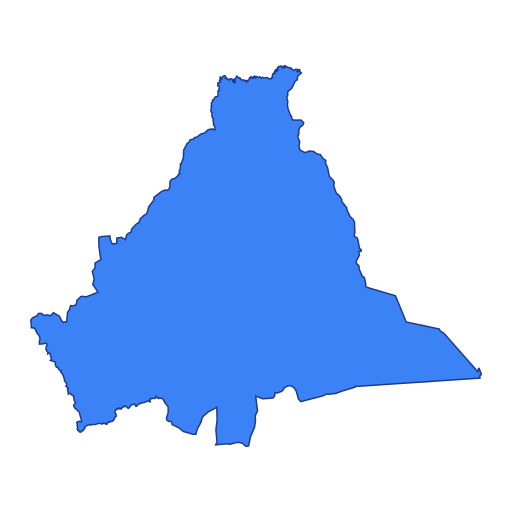 Nyagatare, Eastern, Rwanda
{"feature_id": "39286606B31387731734731", "entity_name": "Nyagatare", "entity_type": "district", "adm_level": 2, "iso_a3": "RWA", "parent_name": "Rwanda", "parent_adm1": "Eastern", "projection": "robinson", "projection_center": [30.27, -1.298], "detail": "fine", "context": "isolated", "style": "filled", "palette": "blue", "viewbox_px": 512, "rotation_deg": 0, "n_neighbors": 0, "source": "geoboundaries", "source_scale": "gbopen_adm2", "svg_char_len": 5901}
<svg xmlns="http://www.w3.org/2000/svg" viewBox="0 0 512 512"><path d="M104.2,423.1L106.1,424.3L107.2,423.1L107.4,423.5L108.3,421.8L109.8,422.2L110.5,421.4L112.1,421.5L114.1,419.6L114.1,418.5L116.3,416.0L115.8,414.8L116.1,414.3L114.9,412.6L115.3,410.2L116.1,409.4L116.2,409.8L117.6,409.0L117.6,408.3L118.9,408.2L119.0,408.6L119.6,408.2L120.5,408.4L120.2,408.9L121.2,409.0L122.5,407.1L124.1,406.9L124.6,406.0L125.7,406.0L127.6,408.0L128.6,408.3L131.8,404.6L134.8,404.2L135.9,406.3L136.5,406.2L138.8,403.9L140.7,403.5L141.4,402.9L143.9,402.6L148.5,400.8L150.0,402.0L150.3,401.6L149.8,399.6L150.2,398.8L151.2,398.9L152.0,398.0L152.8,398.5L155.4,398.3L156.2,396.4L158.0,398.4L158.8,398.6L159.5,397.8L163.0,399.0L164.7,402.4L168.2,407.0L168.1,413.3L166.4,418.1L166.9,420.1L168.6,421.4L171.4,421.5L172.1,424.5L178.9,427.9L183.3,431.5L193.2,434.3L195.9,434.2L197.5,428.5L200.9,422.4L202.0,418.3L203.2,416.3L208.2,411.9L216.8,407.3L217.1,419.8L215.9,429.9L217.0,442.0L215.7,444.8L226.6,443.8L229.9,444.3L236.3,442.5L239.5,442.5L242.5,443.3L245.5,446.1L247.4,446.3L248.6,445.9L250.4,437.0L254.5,427.3L255.5,420.6L255.2,415.9L257.5,410.8L255.7,396.2L262.9,398.8L273.0,398.0L274.7,396.0L275.0,392.7L277.3,393.0L281.7,391.3L282.9,390.3L284.3,387.7L288.0,385.9L291.3,385.8L294.6,388.3L296.3,391.4L298.4,398.9L300.7,401.6L323.4,395.7L326.6,393.9L328.1,394.3L335.7,393.5L342.3,391.0L354.9,387.2L354.9,386.5L480.0,378.1L479.8,375.6L481.2,374.7L481.3,374.0L479.1,368.4L478.5,368.6L477.8,371.7L444.0,333.4L440.0,330.7L439.3,329.0L406.2,322.0L395.5,295.8L369.5,288.1L366.6,287.1L365.6,286.1L365.8,284.1L364.4,277.6L362.2,276.1L359.0,268.6L359.1,266.3L358.5,265.3L356.8,263.9L356.1,262.5L356.5,260.6L359.4,255.2L358.8,252.0L359.3,251.2L361.0,251.4L361.3,249.7L359.6,248.6L357.6,238.6L356.5,237.4L354.6,236.7L354.3,234.6L354.9,232.3L354.4,222.1L353.3,219.7L350.0,216.4L347.1,210.1L346.7,207.8L341.8,201.5L341.6,199.3L339.6,196.0L336.5,193.2L335.6,191.5L333.7,185.6L334.3,182.2L333.2,180.4L329.3,176.3L327.6,167.8L325.5,163.1L325.8,160.4L323.1,158.6L320.2,154.4L318.5,154.4L315.9,153.2L313.7,151.5L311.6,151.2L309.3,151.0L306.5,152.2L304.4,152.4L300.3,150.2L299.3,148.1L299.0,145.3L299.8,142.1L297.7,136.7L298.8,134.2L298.7,130.5L299.8,127.4L302.9,125.0L303.7,122.6L301.1,120.1L293.5,120.1L292.0,119.3L291.5,116.4L289.9,113.8L288.0,108.6L287.4,104.8L287.8,101.3L286.7,97.4L287.8,95.3L287.7,91.8L291.9,88.1L295.1,81.3L297.3,79.8L297.4,77.4L298.0,75.8L301.4,73.0L299.7,71.5L299.9,70.1L299.2,69.6L298.2,70.4L298.2,71.6L297.4,71.7L297.0,71.6L297.8,70.4L297.7,69.5L295.6,69.3L294.8,70.2L292.9,70.0L290.7,67.8L289.9,68.2L286.4,66.6L285.9,66.7L285.9,67.5L285.3,65.8L284.5,65.7L283.9,66.8L284.4,67.7L283.6,67.5L283.4,66.6L282.5,66.5L282.6,67.7L282.3,68.0L281.8,66.2L280.7,66.0L279.6,66.9L278.7,66.5L277.3,68.0L277.9,69.8L277.1,69.7L276.9,71.4L276.2,71.1L276.6,69.4L275.2,70.2L274.0,73.0L275.7,73.2L272.9,73.8L272.2,76.4L272.7,77.5L271.6,77.8L271.5,78.7L269.1,78.8L267.0,77.5L263.4,78.1L262.6,77.2L261.3,78.2L259.9,76.8L258.9,77.6L256.5,76.5L256.0,76.5L255.7,77.8L254.3,76.1L253.4,77.0L253.9,77.7L251.8,78.4L251.5,78.3L251.8,77.1L251.0,76.8L249.4,78.0L249.2,79.2L247.9,80.9L247.2,80.6L246.7,81.8L246.3,80.5L245.0,80.9L243.9,79.9L243.2,80.0L243.1,81.0L242.8,80.3L240.7,79.4L240.0,77.9L237.8,77.3L236.8,76.1L235.6,78.4L233.6,79.7L234.0,80.6L235.3,81.2L234.9,82.8L233.8,82.4L233.6,81.6L232.7,81.5L232.6,79.9L231.8,78.8L229.6,79.0L229.1,79.8L229.3,80.6L228.2,79.2L226.7,79.1L226.6,77.9L225.4,77.9L225.6,76.7L224.8,75.6L222.6,76.5L221.8,78.7L220.2,77.1L220.0,78.0L220.8,79.8L219.7,79.9L219.4,80.4L220.3,82.1L220.1,82.6L218.0,82.7L217.7,84.7L217.9,86.0L219.1,86.1L219.4,87.7L218.9,88.9L219.4,90.1L217.9,91.1L218.2,92.5L217.9,95.8L217.4,96.4L214.8,97.2L214.0,99.2L212.5,100.1L212.7,101.3L211.4,103.0L211.5,105.5L211.1,106.2L211.8,106.9L211.0,109.1L210.9,110.8L211.3,112.1L212.0,112.5L211.9,116.2L213.2,119.2L213.2,121.8L213.7,122.9L213.4,124.5L214.8,126.7L215.1,129.8L214.2,130.0L212.8,128.8L211.8,129.5L211.2,129.0L208.6,129.6L207.6,130.0L207.4,130.8L205.9,131.5L204.8,132.9L200.8,134.0L197.1,137.0L194.4,137.6L194.0,138.8L190.0,139.9L189.2,142.0L186.9,143.8L183.6,150.3L183.4,157.5L181.2,163.8L180.5,163.8L180.3,168.5L179.3,170.6L179.3,172.7L180.0,173.7L178.8,174.1L177.3,176.3L174.5,178.6L172.5,178.8L170.5,180.4L169.9,182.6L169.9,186.7L168.8,189.2L167.5,190.4L165.5,189.9L161.7,191.4L154.1,197.2L153.4,200.7L148.8,206.6L147.0,213.1L145.6,214.7L144.1,215.2L140.3,218.7L138.7,223.2L137.7,223.1L136.0,224.4L132.6,227.9L131.6,229.4L131.0,232.2L128.2,233.4L126.7,234.9L125.3,239.7L121.6,237.3L116.8,238.1L116.8,243.3L112.3,244.1L110.4,239.8L109.8,235.9L101.5,236.6L98.8,237.3L98.9,246.0L100.4,257.3L101.3,259.2L95.1,263.0L95.0,267.9L92.3,271.6L94.2,278.6L92.8,284.4L98.0,292.2L86.3,296.8L81.7,296.3L80.8,296.6L77.0,300.3L76.2,304.7L73.1,305.9L70.6,305.6L69.5,309.6L67.6,312.2L66.6,322.0L64.6,321.8L63.2,322.4L61.4,320.4L59.5,316.3L53.4,312.6L51.2,315.0L49.7,315.8L47.8,314.9L43.7,315.3L41.6,313.4L38.7,313.4L37.8,314.2L37.4,315.5L32.5,317.9L31.1,319.6L30.7,321.0L31.2,322.8L31.3,327.7L34.6,328.1L37.0,333.2L38.3,334.4L39.7,337.1L40.0,339.7L39.4,341.1L39.3,344.1L43.7,343.8L45.3,342.9L46.7,343.7L47.0,345.4L46.3,346.3L45.9,349.4L48.0,352.8L47.8,353.8L49.4,352.9L49.9,353.4L51.5,359.1L50.4,360.4L55.4,362.0L55.3,364.7L56.4,367.2L57.9,367.3L58.4,369.1L60.2,370.7L61.2,370.6L60.9,372.3L62.4,373.8L64.3,378.7L64.5,380.8L66.8,383.8L66.0,386.4L66.7,386.6L68.3,388.5L67.5,389.1L68.4,394.2L69.6,393.4L70.5,393.5L71.3,394.7L73.6,396.1L74.1,400.1L75.5,403.1L73.9,404.8L73.6,405.9L74.9,408.1L79.2,412.0L81.5,420.6L81.3,421.9L79.8,421.2L77.0,422.0L76.7,422.5L77.4,424.0L77.1,425.8L77.7,426.9L77.2,428.7L77.7,430.3L78.4,430.3L79.3,431.8L80.8,432.2L81.6,431.1L83.4,430.5L83.3,429.6L84.9,428.4L84.9,426.7L88.8,424.6L90.7,425.1L91.0,424.6L95.1,424.5L98.9,423.3L102.2,424.0L102.2,423.5L104.2,423.1Z" fill="#3b82f6" stroke="#1e3a8a" stroke-width="1.5"/></svg>